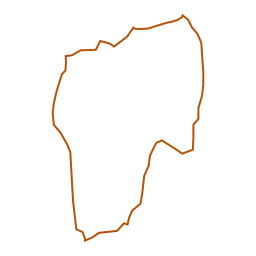 Tanum, Västra Götaland, Sweden (orthographic projection)
{"feature_id": "70781695B34611163933513", "entity_name": "Tanum", "entity_type": "district", "adm_level": 2, "iso_a3": "SWE", "parent_name": "Sweden", "parent_adm1": "Västra Götaland", "projection": "orthographic", "projection_center": [11.469, 58.691], "detail": "fine", "context": "isolated", "style": "outline", "palette": "amber", "viewbox_px": 256, "rotation_deg": 0, "n_neighbors": 0, "source": "geoboundaries", "source_scale": "gbopen_adm2", "svg_char_len": 842}
<svg xmlns="http://www.w3.org/2000/svg" viewBox="0 0 256 256"><path d="M65.7,56.1L66.0,62.6L65.4,70.6L62.0,74.0L56.8,90.5L53.9,103.0L52.7,112.7L53.8,124.8L60.6,132.8L67.4,144.8L70.3,152.3L73.0,200.4L76.3,229.2L82.6,232.1L84.9,238.4L84.9,240.6L91.6,237.8L99.2,232.8L117.0,230.9L124.0,223.3L127.5,224.5L129.1,217.6L132.2,210.6L140.5,203.6L142.4,192.2L144.2,175.8L148.7,165.7L149.9,155.6L156.2,142.9L161.9,140.4L168.8,144.8L175.8,149.2L182.1,153.6L192.8,149.8L193.4,138.4L193.4,124.6L198.4,118.9L198.4,108.1L202.1,95.5L203.3,84.8L203.3,72.3L202.6,62.5L201.3,42.7L197.5,34.0L191.8,27.1L188.0,19.6L182.6,15.4L182.1,17.1L177.5,20.0L171.9,21.7L166.2,22.9L153.1,26.9L148.0,28.6L138.3,29.1L134.4,28.6L133.3,27.7L127.2,36.6L114.0,46.6L109.6,43.5L100.2,41.0L95.8,49.8L80.7,50.3L71.9,55.3L65.7,56.1Z" fill="none" stroke="#b45309" stroke-width="2"/></svg>